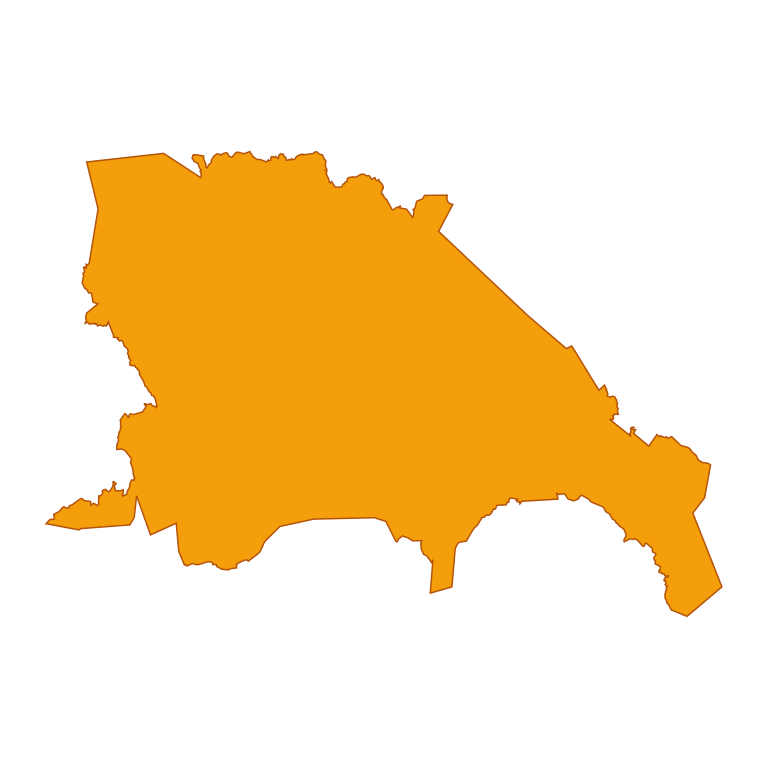 Ocampo, Chihuahua, Mexico
{"feature_id": "50627088B44718713830957", "entity_name": "Ocampo", "entity_type": "district", "adm_level": 2, "iso_a3": "MEX", "parent_name": "Mexico", "parent_adm1": "Chihuahua", "projection": "natural_earth1", "projection_center": [-108.229, 28.145], "detail": "fine", "context": "isolated", "style": "filled", "palette": "amber", "viewbox_px": 768, "rotation_deg": 0, "n_neighbors": 0, "source": "geoboundaries", "source_scale": "gbopen_adm2", "svg_char_len": 6076}
<svg xmlns="http://www.w3.org/2000/svg" viewBox="0 0 768 768"><path d="M671.1,609.8L687.0,616.4L721.9,586.9L692.8,513.1L704.5,497.9L710.6,465.0L708.1,463.3L702.4,462.5L698.2,459.8L696.1,455.4L692.0,451.9L689.9,448.8L687.5,447.3L681.0,445.6L671.6,436.6L668.2,438.2L666.8,437.7L666.5,436.8L664.5,437.6L660.7,435.7L659.2,436.8L657.0,434.5L648.8,446.2L633.6,433.4L635.6,429.5L633.1,429.7L632.6,428.6L633.9,427.4L632.0,427.1L630.5,428.6L631.0,429.1L630.8,432.5L629.6,433.6L630.9,436.4L610.1,419.7L611.2,419.1L612.7,419.6L613.7,418.2L612.6,415.9L613.4,416.0L614.7,414.0L618.3,414.4L617.4,411.2L618.2,408.5L616.9,406.7L617.5,403.3L616.3,400.9L616.7,400.3L614.8,397.0L612.4,396.1L611.0,397.1L607.5,396.3L607.2,395.1L607.9,394.2L606.9,391.0L605.8,390.0L606.5,389.2L604.5,385.1L598.9,390.3L571.8,346.0L566.2,348.5L527.8,315.6L438.6,231.4L452.8,204.4L449.3,203.4L447.9,201.8L446.8,198.9L447.2,195.2L424.5,195.4L422.4,199.1L417.2,200.9L416.5,201.8L415.1,207.8L413.1,209.7L414.0,210.0L413.5,215.5L412.6,217.3L406.5,209.2L399.4,207.8L400.4,206.3L400.5,205.4L399.7,206.7L396.4,207.5L393.3,209.8L392.1,209.6L386.6,199.5L384.2,197.6L383.4,194.9L381.7,194.2L381.5,191.3L383.4,188.1L382.8,185.4L380.9,182.5L379.4,181.7L378.8,179.5L377.4,180.6L375.9,180.1L374.8,177.6L371.7,179.3L369.3,175.8L366.6,175.8L363.5,174.1L361.1,174.3L354.9,177.5L353.7,176.8L348.8,177.5L347.3,178.7L347.2,181.3L345.4,181.9L344.5,183.8L343.3,183.9L341.4,187.0L335.2,187.2L331.6,181.6L330.4,183.0L328.8,181.3L328.8,179.2L326.3,174.1L326.8,170.8L325.8,170.4L326.7,170.2L326.7,169.1L325.3,166.2L325.9,160.7L324.0,158.6L322.4,154.8L319.5,154.2L316.7,151.8L314.5,152.2L313.4,153.5L303.5,154.8L302.8,154.2L302.1,154.9L300.9,154.3L296.6,156.4L294.7,159.2L293.1,159.7L291.6,158.7L289.8,160.2L288.6,159.5L287.5,160.3L286.0,160.0L285.9,157.4L284.2,156.9L283.5,154.3L280.4,153.9L279.0,155.3L278.1,158.5L275.8,156.5L274.2,157.3L272.0,156.4L271.0,157.4L270.5,160.3L268.7,160.8L268.2,160.0L266.5,162.0L260.2,159.5L256.7,159.4L252.8,156.3L249.9,151.6L244.0,153.7L237.5,152.1L235.6,152.8L232.2,157.0L231.2,157.3L228.4,155.6L227.7,153.5L226.4,152.7L223.2,153.5L220.8,155.1L219.5,154.1L216.5,154.1L213.6,156.5L211.3,160.4L211.6,162.1L209.1,164.5L207.1,167.8L205.6,166.6L206.0,164.6L203.6,159.0L203.6,156.0L195.9,154.7L193.1,154.9L192.1,158.1L194.3,161.5L197.9,163.4L199.6,168.1L201.1,169.9L200.0,171.3L201.0,172.8L201.3,176.4L200.7,177.6L163.6,153.4L86.7,162.0L98.1,208.9L89.3,262.6L87.9,265.0L86.1,264.3L86.4,267.8L85.3,267.8L85.0,267.0L83.6,267.3L84.6,271.7L83.0,273.5L83.6,275.7L82.2,282.9L84.5,287.9L87.4,290.2L88.5,293.0L91.4,293.0L93.0,302.1L97.8,303.9L86.6,313.1L85.7,317.4L86.3,320.9L84.8,323.9L87.2,322.0L89.9,324.4L91.4,323.2L92.9,323.9L94.8,323.2L95.3,324.3L96.7,323.9L97.5,326.0L99.7,324.8L103.0,326.2L104.3,325.2L105.4,325.9L106.8,325.6L108.3,322.0L113.4,334.9L113.5,337.2L118.2,337.8L117.6,339.3L119.7,341.0L121.1,340.3L122.8,341.7L124.3,346.2L127.5,348.7L128.2,351.5L127.5,353.5L129.1,356.4L128.5,357.6L130.7,360.3L129.7,362.4L130.1,365.3L131.1,364.8L131.9,365.7L134.9,365.7L135.6,367.4L137.4,368.4L137.3,369.2L138.8,370.5L139.5,372.4L139.4,374.2L143.8,381.8L145.0,386.0L146.6,387.0L149.3,391.9L150.6,392.5L151.7,395.3L153.6,396.0L155.2,398.8L157.0,406.1L155.9,407.5L155.4,406.4L152.4,405.8L150.8,403.5L148.4,404.5L144.6,403.8L144.4,404.7L145.5,405.4L146.0,406.8L142.5,411.9L133.4,414.6L130.7,413.8L129.2,414.8L128.9,417.2L128.2,417.4L126.1,414.3L124.8,413.6L120.2,420.2L120.7,422.4L120.5,425.2L121.3,427.4L120.5,427.9L120.3,430.1L118.8,433.0L118.8,435.7L117.6,437.2L118.3,438.2L118.5,440.8L116.8,444.9L117.3,445.8L116.6,447.1L116.8,449.4L122.3,449.1L125.7,451.2L131.6,459.1L130.4,462.3L132.6,468.1L133.5,475.2L134.8,478.3L134.0,478.8L133.8,480.4L131.8,479.9L131.3,480.6L129.7,484.6L129.7,487.0L127.3,491.2L127.0,493.9L122.8,496.2L122.3,495.4L123.4,492.9L123.2,489.8L120.2,490.8L115.5,490.7L114.1,484.9L115.6,484.6L116.1,483.5L113.8,481.6L112.9,482.2L113.3,484.1L112.7,486.6L109.5,491.6L107.8,491.4L105.7,489.4L103.6,489.8L102.2,491.3L102.7,493.7L100.7,495.7L98.8,495.9L98.5,504.4L97.2,505.6L93.8,503.2L90.9,505.2L90.6,501.5L84.5,500.7L81.8,498.5L80.5,498.7L72.1,504.8L69.5,505.6L68.6,507.8L67.0,508.2L63.9,506.8L62.5,507.5L59.6,511.2L53.6,514.5L54.5,518.5L52.8,519.6L51.4,519.1L49.3,520.1L46.1,523.7L79.0,529.9L80.8,528.6L129.9,524.9L134.2,517.5L136.6,495.8L150.5,534.9L176.2,523.2L178.8,551.6L184.4,564.9L185.1,564.5L187.0,566.0L192.8,563.4L195.6,564.6L199.1,564.5L206.0,562.2L210.1,561.7L212.1,562.5L213.0,564.8L214.0,564.2L216.3,564.8L216.6,566.4L221.7,569.2L228.4,569.9L230.4,568.7L236.5,567.9L236.4,564.8L237.0,564.8L237.2,563.5L245.0,560.0L247.2,560.1L248.3,561.1L257.9,553.8L260.1,551.6L264.7,541.5L280.0,526.4L313.7,519.1L374.4,517.7L385.9,521.4L395.9,541.5L397.4,541.7L398.3,539.3L402.3,536.0L407.9,537.8L412.6,540.8L421.6,540.7L420.8,543.9L421.2,548.6L423.6,554.3L426.7,555.7L431.6,562.6L432.9,559.7L430.3,593.1L451.9,586.9L455.2,548.9L456.5,545.8L457.9,543.3L459.8,542.1L466.2,541.2L472.1,531.2L474.7,527.4L476.9,525.9L482.2,517.4L484.4,517.2L485.9,515.3L489.3,515.1L491.5,513.1L493.1,509.4L495.4,509.0L496.9,505.3L506.1,504.8L507.4,502.1L508.7,502.2L509.2,498.8L511.7,498.1L517.2,499.2L516.3,500.1L517.6,500.3L517.2,501.8L519.6,502.0L519.9,503.8L521.8,501.3L558.0,499.1L556.7,493.5L559.0,494.5L564.5,493.7L568.1,499.0L573.9,500.9L578.6,498.8L579.5,496.7L581.7,495.2L588.7,499.1L590.9,501.9L603.4,507.0L605.6,511.5L609.7,514.1L612.3,518.9L615.3,520.8L616.1,523.0L618.1,524.1L619.0,525.7L623.9,529.2L626.1,534.6L625.8,536.7L624.0,539.5L624.2,541.8L630.1,538.9L633.1,539.4L634.6,538.6L637.6,540.3L643.0,546.4L644.4,546.0L645.0,543.8L646.2,543.1L652.1,548.2L652.7,552.0L655.5,553.4L656.0,554.4L653.9,557.7L654.0,559.2L655.4,561.4L655.2,563.9L660.5,566.6L660.1,569.5L658.8,570.6L659.4,572.7L661.3,572.2L662.0,573.8L663.9,573.8L664.8,575.8L668.3,575.9L668.1,576.8L666.1,576.9L664.0,579.4L664.4,581.0L665.4,580.7L666.0,583.1L665.1,584.6L667.3,586.1L666.1,587.5L666.6,589.8L665.8,590.7L665.0,594.5L665.0,597.9L666.7,601.1L666.7,602.7L668.7,604.9L671.1,609.8Z" fill="#f59e0b" stroke="#b45309" stroke-width="1.5"/></svg>